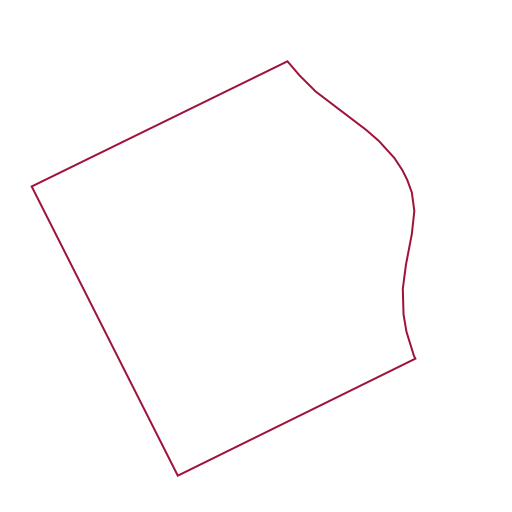 Oceana, Michigan, United States of America (Mercator projection), rotated 153°
{"feature_id": "52423323B31679500677", "entity_name": "Oceana", "entity_type": "district", "adm_level": 2, "iso_a3": "USA", "parent_name": "United States of America", "parent_adm1": "Michigan", "projection": "mercator", "projection_center": [-86.423, 43.643], "detail": "fine", "context": "isolated", "style": "outline", "palette": "rose", "viewbox_px": 512, "rotation_deg": 153, "n_neighbors": 0, "source": "geoboundaries", "source_scale": "gbopen_adm2", "svg_char_len": 397}
<svg xmlns="http://www.w3.org/2000/svg" viewBox="0 0 512 512"><g transform="rotate(153 256 256)"><path d="M424.3,419.8L425.4,95.8L160.6,92.2L160.6,95.4L156.3,120.3L151.1,136.9L140.1,160.1L126.4,180.1L107.2,204.8L94.5,224.2L88.3,241.9L86.7,255.2L86.6,265.8L88.2,280.4L94.3,302.7L100.6,318.3L128.1,375.3L135.2,397.0L139.6,415.2L424.3,419.8Z" fill="none" stroke="#9f1239" stroke-width="2"/></g></svg>